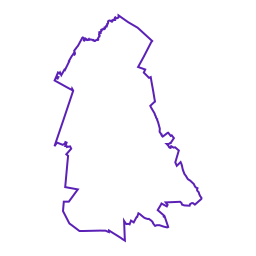 the district of Ocampo, Coahuila, Mexico
{"feature_id": "50627088B78546697072074", "entity_name": "Ocampo", "entity_type": "district", "adm_level": 2, "iso_a3": "MEX", "parent_name": "Mexico", "parent_adm1": "Coahuila", "projection": "albers", "projection_center": [-103.054, 28.057], "detail": "fine", "context": "isolated", "style": "outline", "palette": "violet", "viewbox_px": 256, "rotation_deg": 0, "n_neighbors": 0, "source": "geoboundaries", "source_scale": "gbopen_adm2", "svg_char_len": 5092}
<svg xmlns="http://www.w3.org/2000/svg" viewBox="0 0 256 256"><path d="M83.3,231.0L100.5,230.6L103.4,230.7L105.6,230.7L107.9,231.7L108.9,232.1L109.0,230.5L111.4,232.0L121.0,238.0L122.3,239.0L124.9,240.6L124.7,236.7L124.1,220.9L125.8,223.5L126.3,224.0L128.5,223.9L128.8,223.9L129.6,224.3L131.0,220.6L133.7,222.4L136.1,217.9L136.7,216.9L137.2,216.9L138.4,213.3L140.2,214.4L141.6,215.6L144.2,217.7L145.5,218.3L147.8,219.0L148.9,218.9L151.5,220.8L152.8,222.3L153.1,223.4L155.1,225.9L156.7,225.2L159.5,225.2L163.0,226.4L164.4,226.8L166.7,227.3L167.7,227.3L168.2,227.0L165.0,217.5L164.0,216.8L164.6,216.4L164.4,215.9L157.7,210.1L159.2,207.6L161.0,204.6L161.5,203.5L166.8,206.4L167.6,204.9L165.7,202.4L180.2,201.8L181.6,203.2L182.0,204.6L184.3,205.4L189.6,205.7L190.1,204.1L191.6,203.2L192.9,203.1L194.9,204.6L201.3,199.0L201.5,198.0L200.2,196.1L199.3,194.3L198.7,192.2L197.5,191.0L197.0,189.9L197.5,188.2L195.6,187.3L194.6,185.8L193.9,184.1L192.3,182.6L190.2,180.6L189.4,180.1L188.2,179.4L187.5,178.6L186.5,177.0L186.4,176.6L184.6,174.2L184.0,173.0L184.0,172.7L183.4,171.3L183.2,170.9L183.2,170.5L182.9,170.0L182.6,168.8L182.4,167.8L182.2,167.0L182.0,165.8L181.7,165.3L181.7,164.7L180.6,162.1L176.8,165.8L175.3,162.4L178.8,150.5L175.1,147.3L173.6,147.6L171.2,146.2L170.6,147.9L169.7,147.7L169.1,147.2L169.1,146.8L168.6,146.3L168.5,146.0L168.1,145.4L166.9,144.2L166.7,144.0L168.7,144.0L169.6,143.4L170.6,143.0L170.5,142.8L171.0,142.5L173.9,138.1L171.7,135.3L170.7,135.9L168.6,133.2L168.2,132.7L167.7,132.8L162.7,136.6L162.4,136.4L161.9,135.8L161.9,135.5L161.7,135.3L161.5,135.1L161.3,134.6L161.5,134.3L161.0,134.0L160.8,133.6L159.6,131.8L159.8,128.6L158.1,122.3L157.1,119.8L157.2,119.2L156.9,119.0L156.7,118.5L156.3,118.0L156.0,117.5L155.9,116.9L155.8,116.3L155.5,115.9L155.2,115.5L155.2,115.2L155.0,114.7L154.8,114.3L154.7,114.0L154.7,113.7L154.4,113.1L151.3,107.9L150.7,106.8L150.3,105.8L154.6,101.8L155.0,101.6L155.0,101.4L154.7,100.1L153.3,91.7L152.4,86.6L152.2,85.7L150.7,77.1L149.1,77.9L143.8,72.6L145.2,69.5L138.1,67.0L143.8,56.6L151.2,42.2L152.2,41.0L139.4,29.3L137.6,27.7L128.2,22.2L118.5,15.4L118.5,15.6L118.6,15.8L118.6,16.0L118.6,16.3L118.8,16.4L118.9,16.6L118.9,16.8L118.8,17.0L118.7,17.1L118.5,17.3L118.0,17.6L117.9,17.9L117.6,18.0L117.4,18.1L117.1,18.2L116.9,18.3L116.3,18.4L116.2,18.3L116.1,18.1L115.8,17.8L115.6,17.7L115.4,17.3L115.1,17.4L114.9,17.6L114.8,18.1L115.0,18.5L115.0,18.8L115.0,19.0L114.9,19.1L114.5,19.3L114.6,19.8L114.7,20.0L114.3,20.0L114.1,19.8L113.4,19.7L113.0,20.2L113.0,20.3L112.8,20.3L112.7,20.1L112.3,20.3L112.4,20.5L112.3,20.8L112.2,20.9L112.2,21.0L111.9,21.2L111.9,21.4L111.9,21.6L111.6,21.6L111.5,21.3L111.4,21.2L111.0,21.1L110.6,20.9L110.0,20.6L109.8,20.5L109.6,20.5L109.3,20.6L109.0,20.8L108.7,20.8L108.5,21.0L108.3,21.1L108.1,21.3L108.0,21.7L108.1,22.4L108.1,23.0L107.9,23.4L107.6,24.0L107.1,24.1L107.1,24.7L107.1,25.2L106.8,25.2L106.5,25.5L106.7,25.9L106.8,26.0L106.7,26.4L106.1,26.3L105.9,26.5L105.8,26.9L105.7,27.1L105.5,27.3L105.1,27.3L104.8,27.4L104.7,27.4L104.7,27.5L104.8,27.7L105.1,28.1L105.1,28.4L105.0,28.6L104.5,29.0L104.1,29.2L103.9,29.2L103.6,28.7L103.3,28.7L103.2,28.8L103.0,29.1L102.7,29.3L102.5,29.6L102.3,29.6L102.1,29.4L101.8,29.5L101.5,29.6L101.3,29.9L101.2,29.9L101.1,30.0L101.5,30.7L101.4,31.1L100.9,31.5L100.5,31.8L100.6,32.0L100.7,32.5L100.7,33.1L100.4,33.2L100.2,32.8L100.2,32.4L100.2,32.2L99.9,32.1L99.8,32.3L99.8,32.5L99.7,32.5L99.4,32.5L99.5,32.7L99.4,32.7L99.4,32.8L99.5,33.1L99.5,33.4L99.4,33.6L99.2,33.7L99.1,34.0L99.0,34.6L99.0,34.9L99.2,35.1L99.5,35.3L99.7,35.7L99.5,36.1L99.4,36.6L99.2,36.7L99.0,36.8L98.8,37.0L98.1,38.2L98.0,38.5L98.2,38.9L98.3,39.3L98.3,39.5L98.2,39.8L97.9,39.8L97.6,39.7L97.4,39.9L97.3,40.0L97.0,39.9L96.9,39.8L96.6,39.8L95.8,40.4L95.2,40.6L95.0,41.0L94.9,41.0L94.8,40.8L94.5,40.8L94.2,40.9L94.0,40.7L94.0,40.4L93.6,40.1L93.3,40.4L93.1,40.4L93.0,40.1L92.8,39.9L92.0,39.8L91.9,39.8L91.3,39.6L91.0,39.5L90.5,39.5L90.1,39.4L89.6,39.6L89.5,39.8L89.4,39.8L89.0,39.2L88.9,39.0L88.7,39.2L88.7,39.3L88.2,39.7L88.2,39.9L88.1,40.0L87.8,40.0L87.0,40.1L86.9,40.0L86.9,39.7L86.6,39.3L86.4,39.3L86.2,39.2L86.0,38.9L85.6,38.6L85.4,38.9L85.3,39.1L85.4,39.3L85.3,39.5L85.0,40.0L84.7,40.2L84.6,40.4L84.5,40.5L84.2,40.4L84.1,40.5L84.0,40.4L83.8,40.3L83.8,40.0L84.3,39.9L84.4,39.6L84.4,39.3L84.0,38.2L83.8,38.0L83.7,38.0L83.4,37.8L83.2,37.6L82.9,37.6L82.6,37.5L82.2,37.9L82.2,38.0L78.0,45.8L76.9,47.1L74.2,50.7L74.2,50.9L74.4,51.4L74.4,51.6L74.5,51.8L74.6,52.0L74.7,52.3L74.8,52.6L74.9,53.1L75.0,53.4L74.8,54.1L74.7,54.1L74.6,54.3L74.5,54.5L74.4,54.4L74.1,54.4L73.7,53.3L72.5,55.2L71.8,56.0L68.9,61.1L69.2,61.4L64.9,70.1L64.4,69.7L61.3,75.2L60.0,72.4L59.2,73.5L58.0,72.5L56.4,76.4L58.4,77.1L57.6,78.6L55.7,78.0L54.6,80.5L62.8,85.0L67.1,87.4L71.8,89.9L72.1,88.7L73.2,90.7L63.3,120.3L54.5,146.2L57.0,142.6L62.7,144.8L64.9,143.6L65.4,142.1L66.6,142.6L66.1,144.2L65.2,146.0L67.7,146.5L67.5,146.9L70.1,146.4L71.2,148.7L66.3,154.3L68.1,155.8L67.4,162.9L65.2,187.1L77.8,189.4L68.8,201.7L63.8,201.7L63.0,211.1L69.4,223.5L71.9,225.3L76.0,228.4L78.9,230.6L79.5,231.0L83.3,231.0Z" fill="none" stroke="#5b21b6" stroke-width="2"/></svg>